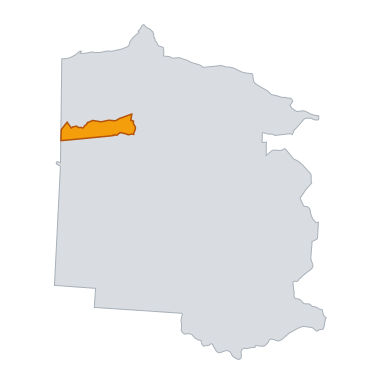 location of Abu Hamad, River Nile, Sudan, rotated 271°
{"feature_id": "16777658B63373210852762", "entity_name": "Abu Hamad", "entity_type": "district", "adm_level": 2, "iso_a3": "SDN", "parent_name": "Sudan", "parent_adm1": "River Nile", "projection": "orthographic", "projection_center": [33.396, 20.198], "detail": "fine", "context": "in_parent", "style": "filled", "palette": "amber", "viewbox_px": 384, "rotation_deg": 271, "n_neighbors": 0, "source": "geoboundaries", "source_scale": "gbopen_adm2", "svg_char_len": 5510}
<svg xmlns="http://www.w3.org/2000/svg" viewBox="0 0 384 384"><g transform="rotate(271 192 192)"><path d="M270.4,317.4L266.6,317.4L266.2,316.5L266.2,314.0L266.6,312.2L268.0,309.3L267.7,307.7L267.9,305.4L266.9,302.8L257.8,295.3L256.0,293.2L251.1,291.3L252.0,289.2L250.0,273.8L251.0,272.0L251.3,269.3L251.2,267.0L252.4,263.0L252.5,261.3L242.9,261.2L242.8,262.9L243.2,264.8L243.2,265.5L229.8,265.5L235.1,271.6L235.4,274.3L235.1,277.6L235.1,279.7L235.4,281.1L236.9,283.8L236.8,284.3L236.4,284.9L226.9,292.9L225.2,296.6L224.0,298.5L221.2,301.8L212.4,310.3L211.0,310.8L204.3,311.0L203.7,311.2L203.1,311.6L202.9,311.5L197.2,306.4L187.7,300.1L181.3,303.2L179.6,304.3L179.5,307.2L178.6,308.7L176.8,310.2L172.2,311.1L169.7,312.0L166.8,313.5L163.9,316.2L163.7,317.6L164.0,318.9L147.9,318.3L146.8,317.3L144.5,312.7L142.9,312.9L128.2,311.9L126.1,312.3L121.9,313.9L119.8,314.2L117.6,313.2L110.1,304.0L108.5,302.8L106.8,300.6L105.2,299.6L104.6,298.9L104.5,298.0L104.6,296.0L104.1,294.8L102.9,294.4L92.5,296.0L91.0,295.7L88.9,296.0L88.1,296.3L87.2,297.4L87.0,299.9L86.7,301.1L85.9,302.4L82.9,305.2L82.2,306.5L82.2,309.9L82.0,311.5L81.5,312.3L80.2,313.5L79.7,314.2L79.1,318.4L77.4,320.9L77.0,321.8L76.9,323.7L76.6,324.2L71.9,325.4L70.2,326.3L69.1,327.7L68.8,328.3L66.8,327.6L64.3,327.1L59.4,326.4L57.5,325.6L56.6,324.5L57.0,322.0L56.5,321.4L55.7,320.9L55.2,319.7L55.4,318.4L58.0,315.6L58.6,314.0L59.5,306.6L59.3,304.3L57.4,300.0L53.0,292.4L51.9,290.9L46.3,284.6L45.7,283.7L44.4,281.0L46.1,275.6L46.3,274.1L45.9,272.5L44.5,271.2L43.2,271.0L41.5,269.4L40.5,268.6L39.5,267.3L38.9,265.4L39.6,258.9L39.3,258.0L37.9,257.7L37.5,257.2L37.7,255.9L37.0,252.1L36.3,249.0L36.8,247.3L35.7,244.9L33.4,243.8L28.7,244.2L27.3,244.0L26.4,243.5L25.7,242.6L25.4,241.5L25.8,240.0L27.2,237.4L28.9,235.2L32.3,233.3L33.3,232.3L33.8,231.1L34.0,229.7L33.8,228.2L33.5,226.8L32.6,224.9L31.8,222.7L31.9,221.3L32.3,220.3L33.3,219.1L36.7,216.9L40.1,215.1L40.7,214.5L40.5,213.6L39.1,211.8L38.7,208.6L38.0,206.3L39.8,204.7L41.1,204.2L43.0,203.8L43.8,203.1L44.1,201.8L44.1,200.5L44.9,199.6L45.9,197.6L46.7,196.7L49.4,194.5L50.0,192.9L50.3,191.4L49.8,186.8L51.4,185.0L53.3,183.6L56.0,183.9L60.2,183.8L63.1,183.3L65.1,183.4L69.7,184.6L70.3,184.2L70.6,183.0L74.9,96.3L93.7,97.3L94.0,97.2L96.2,56.1L214.7,60.0L215.7,59.8L217.6,56.0L218.4,55.7L219.6,56.0L220.0,56.9L219.0,60.0L322.9,59.5L323.2,64.2L324.2,67.9L327.2,73.2L329.8,76.1L330.8,77.7L330.9,78.4L330.8,79.1L330.0,78.3L328.7,77.8L328.6,80.3L329.3,85.5L330.4,89.0L329.7,92.4L330.0,98.0L331.5,104.8L331.3,109.1L333.7,119.2L336.0,124.7L337.2,126.1L338.5,126.8L341.1,127.2L344.9,129.9L347.9,132.9L349.0,134.4L350.5,136.1L351.5,135.8L352.1,135.3L353.1,136.7L357.9,139.5L358.6,140.9L357.0,142.3L355.1,144.7L354.2,147.0L353.7,147.7L352.1,149.1L351.9,149.8L351.2,150.2L350.5,150.3L348.9,151.1L347.4,150.9L346.0,151.3L345.4,151.9L344.3,152.3L342.7,152.6L340.3,154.5L338.2,155.5L337.4,156.3L336.4,160.0L335.6,161.0L332.4,161.2L330.8,161.5L328.7,161.1L327.7,161.2L327.4,162.0L327.1,165.2L327.2,166.5L325.5,170.2L326.1,177.0L324.4,182.0L324.2,183.2L322.5,187.3L321.6,188.8L319.5,196.3L318.7,198.6L316.8,201.1L319.0,219.0L317.5,224.5L317.6,227.5L316.5,232.0L315.6,234.0L314.2,236.5L313.0,239.3L312.0,243.0L311.4,249.9L311.0,250.5L305.3,251.4L303.5,251.9L302.3,252.7L300.8,254.5L297.9,259.4L296.3,262.4L293.9,266.4L291.1,269.3L290.6,270.7L290.1,273.3L289.1,277.4L288.1,280.4L288.3,282.7L287.5,286.8L287.6,288.8L286.6,289.9L285.3,290.9L284.4,291.2L280.3,288.5L277.5,290.4L275.7,293.0L274.3,295.7L275.1,301.3L275.1,302.6L274.7,303.9L272.0,309.4L271.2,311.9L270.4,316.3L270.4,317.4Z" fill="#d9dde1" stroke="#a8b0b8" stroke-width="1"/><path d="M259.6,65.9L255.2,62.5L253.8,61.5L252.1,60.2L251.9,60.2L251.7,60.2L251.2,60.2L247.4,60.1L241.1,60.1L241.1,60.5L243.4,81.2L244.0,86.3L246.7,109.9L246.9,111.2L247.4,111.9L247.1,112.0L247.0,112.5L247.8,113.8L247.7,114.4L247.4,115.6L247.6,116.2L248.2,116.7L248.9,117.4L249.7,118.7L250.1,119.3L250.0,119.9L250.1,120.1L249.8,121.1L249.1,123.9L249.1,124.3L248.8,125.6L248.1,127.1L248.2,127.6L248.4,128.9L248.7,129.8L248.8,131.4L248.7,132.2L248.6,132.7L248.8,132.7L249.9,132.8L250.6,133.0L252.1,133.7L253.5,134.1L255.2,134.4L256.8,133.9L257.4,133.3L259.2,132.4L259.8,132.1L260.6,132.1L261.8,132.3L261.9,132.0L261.9,131.9L262.0,131.7L262.2,131.1L262.3,130.9L262.5,130.5L262.5,130.0L262.5,129.8L262.5,129.6L265.1,129.9L268.1,130.4L268.5,130.4L268.9,130.5L268.9,130.4L266.7,124.7L266.1,123.2L264.6,119.1L264.4,118.5L264.3,118.3L263.5,117.1L263.4,116.9L263.3,116.7L262.8,115.8L262.2,114.9L262.1,114.7L261.9,113.4L261.9,113.0L262.0,111.8L262.3,107.8L262.3,107.4L261.1,102.2L260.6,99.9L261.1,96.5L261.8,91.1L261.7,91.0L261.6,90.8L261.2,90.3L261.0,89.8L260.9,89.5L260.9,89.2L260.8,88.9L260.7,88.8L260.5,88.6L260.3,88.4L260.2,88.2L260.0,87.7L259.9,87.3L259.9,87.1L259.8,86.9L259.7,86.8L259.6,86.6L259.6,86.3L259.4,86.1L259.2,85.9L258.7,85.7L258.3,85.7L258.1,85.6L257.9,85.5L257.7,85.3L257.4,85.0L257.1,84.6L257.0,84.4L256.9,84.2L256.6,83.8L256.3,83.5L256.0,83.2L255.6,83.0L255.3,82.8L255.2,82.8L254.9,82.6L254.4,82.3L254.2,81.8L254.1,81.3L254.2,81.1L254.2,80.9L254.4,80.6L254.6,79.7L254.6,79.3L254.6,78.9L254.6,78.7L254.5,78.2L254.4,77.8L254.4,77.6L254.4,77.4L254.5,77.2L255.0,76.6L255.3,76.3L255.6,75.9L255.7,75.6L255.8,75.2L255.7,74.7L255.6,74.1L255.5,73.9L255.3,73.4L255.3,73.2L255.2,73.1L255.2,72.4L255.1,71.9L255.0,71.5L254.9,71.4L254.8,71.2L254.3,70.8L254.1,70.5L253.9,70.2L254.1,70.0L254.5,69.7L256.0,68.6L259.4,66.0L259.6,65.9Z" fill="#f59e0b" stroke="#b45309" stroke-width="1.5"/></g></svg>